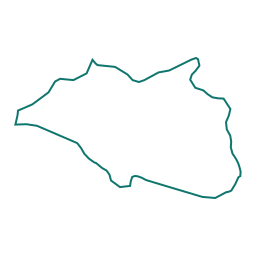 the Province of Çankiri
{"feature_id": "TUR-3009", "entity_name": "Çankiri", "entity_type": "Province", "adm_level": 1, "iso_a3": "TUR", "parent_name": "Turkey", "parent_adm1": "", "projection": "robinson", "projection_center": [33.484, 40.685], "detail": "fine", "context": "isolated", "style": "outline", "palette": "teal", "viewbox_px": 256, "rotation_deg": 0, "n_neighbors": 0, "source": "natural_earth", "source_scale": "10m", "svg_char_len": 977}
<svg xmlns="http://www.w3.org/2000/svg" viewBox="0 0 256 256"><path d="M17.8,112.7L18.0,110.6L32.3,104.4L48.5,92.4L55.1,81.5L60.1,78.8L73.4,80.1L86.6,73.4L92.5,59.8L95.6,63.5L97.5,65.1L115.1,66.9L127.5,74.5L132.6,80.1L138.9,82.0L144.2,80.2L158.6,72.4L169.2,70.5L191.4,59.6L196.0,58.0L198.0,59.2L199.4,65.7L195.3,71.1L191.8,74.7L190.2,79.7L195.3,87.8L203.4,90.4L207.6,94.2L212.3,97.3L217.9,98.3L223.6,98.6L230.4,109.0L228.8,115.6L226.0,122.2L226.8,129.4L230.2,135.6L231.2,141.4L230.8,147.4L232.5,153.6L236.0,158.9L238.1,163.0L239.6,167.5L240.6,171.7L240.3,176.1L238.4,177.3L235.2,184.2L231.3,190.6L228.8,191.7L226.0,192.3L215.2,198.0L202.3,196.9L164.5,185.6L145.9,180.0L141.7,177.7L137.4,176.2L134.7,176.0L132.2,177.0L130.7,181.6L130.1,185.9L120.0,187.1L111.0,180.5L109.5,174.7L106.5,170.5L102.2,168.1L96.3,163.2L93.9,162.2L88.8,158.5L84.3,153.7L81.1,148.1L77.2,143.1L37.0,125.8L26.2,124.2L15.4,124.6L17.5,115.4L17.8,112.7Z" fill="none" stroke="#0f766e" stroke-width="2"/></svg>